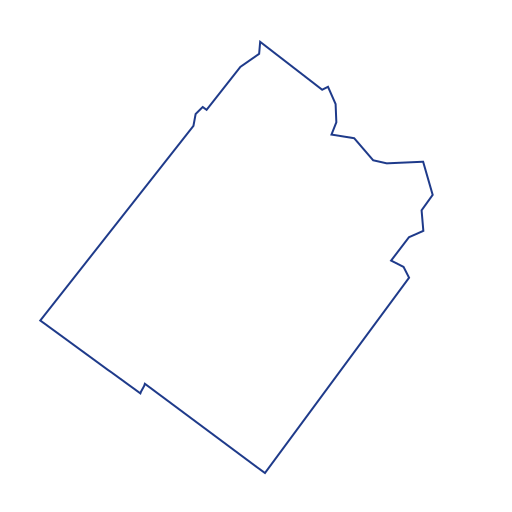 outline of Hardin, Tennessee, United States of America, rotated 36°
{"feature_id": "52423323B14964085031587", "entity_name": "Hardin", "entity_type": "district", "adm_level": 2, "iso_a3": "USA", "parent_name": "United States of America", "parent_adm1": "Tennessee", "projection": "orthographic", "projection_center": [-88.189, 35.209], "detail": "fine", "context": "isolated", "style": "outline", "palette": "blue", "viewbox_px": 512, "rotation_deg": 36, "n_neighbors": 0, "source": "geoboundaries", "source_scale": "gbopen_adm2", "svg_char_len": 567}
<svg xmlns="http://www.w3.org/2000/svg" viewBox="0 0 512 512"><g transform="rotate(36 256 256)"><path d="M243.2,435.1L242.7,433.3L241.9,426.9L241.2,424.7L380.5,426.3L390.8,426.3L392.6,183.6L381.8,178.1L368.0,180.3L368.7,150.9L376.6,137.3L363.1,121.7L363.0,102.7L335.8,81.5L307.3,104.2L294.5,109.7L266.2,103.0L245.7,113.4L242.4,100.6L231.1,86.3L214.8,76.8L211.8,82.6L133.5,80.3L139.7,90.6L132.2,112.1L130.1,166.8L125.3,166.8L123.7,176.6L128.9,187.5L119.4,435.0L131.0,435.0L203.4,435.2L206.3,435.1L243.2,435.1Z" fill="none" stroke="#1e3a8a" stroke-width="2"/></g></svg>